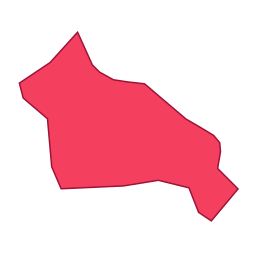 Eunpyeong-gu, Seoul, South Korea, rotated 265°
{"feature_id": "91817680B53616587081026", "entity_name": "Eunpyeong-gu", "entity_type": "district", "adm_level": 2, "iso_a3": "KOR", "parent_name": "South Korea", "parent_adm1": "Seoul", "projection": "natural_earth1", "projection_center": [126.934, 37.609], "detail": "fine", "context": "isolated", "style": "filled", "palette": "rose", "viewbox_px": 256, "rotation_deg": 265, "n_neighbors": 0, "source": "geoboundaries", "source_scale": "gbopen_adm2", "svg_char_len": 510}
<svg xmlns="http://www.w3.org/2000/svg" viewBox="0 0 256 256"><g transform="rotate(265 128 128)"><path d="M28.2,202.9L57.7,232.3L79.8,213.8L84.3,214.9L96.4,218.1L105.3,218.1L113.1,212.7L121.9,200.7L131.9,186.5L148.5,170.1L157.3,161.4L169.0,149.9L170.6,148.3L173.9,131.9L177.3,117.7L186.1,104.6L193.9,98.0L227.0,86.4L227.8,86.1L200.0,56.1L182.2,23.7L167.0,26.2L144.2,48.6L96.1,48.6L73.3,56.1L70.7,118.6L73.3,153.5L63.1,183.5L37.8,191.0L28.2,202.9Z" fill="#f43f5e" stroke="#9f1239" stroke-width="1.5"/></g></svg>